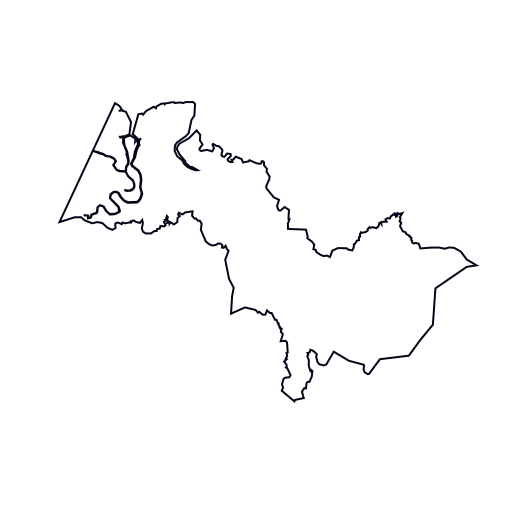 outline of Choluteca, Choluteca, Honduras, rotated 119°
{"feature_id": "27666195B45009798989727", "entity_name": "Choluteca", "entity_type": "district", "adm_level": 2, "iso_a3": "HND", "parent_name": "Honduras", "parent_adm1": "Choluteca", "projection": "robinson", "projection_center": [-87.236, 13.254], "detail": "fine", "context": "isolated", "style": "outline", "palette": "ink", "viewbox_px": 512, "rotation_deg": 119, "n_neighbors": 0, "source": "geoboundaries", "source_scale": "gbopen_adm2", "svg_char_len": 6154}
<svg xmlns="http://www.w3.org/2000/svg" viewBox="0 0 512 512"><g transform="rotate(119 256 256)"><path d="M364.5,151.9L363.0,152.1L357.1,145.4L352.4,150.0L348.2,149.7L347.6,148.1L342.6,150.2L341.1,149.8L340.1,148.2L334.3,148.8L329.2,150.9L329.0,152.1L330.4,151.8L330.2,152.7L326.5,156.6L321.5,159.3L318.8,162.6L317.1,162.4L315.9,164.0L314.4,162.4L311.6,163.0L311.2,159.8L312.4,155.1L314.7,154.7L318.9,150.9L320.0,148.1L318.9,143.7L316.8,141.9L302.0,141.6L302.6,123.9L298.9,109.2L299.4,108.3L303.1,106.9L305.1,104.5L305.1,100.9L304.4,100.0L286.2,97.6L269.1,74.0L249.7,71.6L230.3,68.0L197.3,83.4L163.3,66.4L157.3,58.6L156.9,70.0L152.9,78.9L152.8,86.6L154.8,91.1L158.1,94.4L159.9,100.1L164.0,107.3L169.7,115.9L166.4,119.5L167.2,122.8L168.6,124.1L168.5,126.0L167.2,126.6L166.6,128.3L164.8,128.8L164.5,131.3L163.9,131.3L163.9,135.1L162.8,136.6L163.2,139.6L160.2,144.4L156.4,145.2L156.1,147.2L153.1,147.7L152.4,149.0L147.5,148.8L149.8,151.0L149.8,152.7L152.6,151.9L153.6,152.5L151.0,154.1L151.4,155.0L151.9,154.0L153.0,154.3L152.9,156.0L156.2,157.4L158.2,157.0L159.2,159.4L161.2,160.5L162.6,158.4L165.4,162.9L167.2,161.8L166.6,162.9L167.2,164.1L170.3,163.3L173.2,164.1L174.4,168.3L176.4,170.0L175.9,170.8L178.4,171.4L179.4,170.6L181.9,171.7L184.6,174.9L184.4,175.7L186.8,175.6L188.5,174.3L189.7,175.1L192.2,173.6L193.8,175.3L197.2,175.2L198.2,176.1L201.1,174.7L204.5,174.5L205.7,178.7L205.3,180.4L209.3,188.1L214.3,191.8L221.0,190.8L221.3,194.3L223.3,196.8L223.7,200.1L223.3,205.1L221.7,206.7L222.2,209.1L217.9,210.5L216.3,213.9L215.6,219.7L213.8,220.3L208.7,225.1L216.8,241.1L212.2,243.8L207.5,244.6L207.8,245.6L199.7,249.5L199.3,254.7L204.5,256.7L205.0,258.5L202.2,261.8L195.7,263.1L196.1,268.8L191.9,279.3L190.2,280.9L182.3,281.6L179.9,282.6L177.1,287.8L174.5,288.6L172.7,293.0L170.2,294.4L169.7,295.5L170.4,297.0L172.3,296.3L173.3,297.1L174.6,300.2L175.4,308.2L176.9,308.4L180.5,312.8L178.2,315.5L178.9,321.8L182.9,322.7L183.7,324.0L185.2,322.2L186.3,324.1L186.3,326.5L185.2,327.8L180.8,326.5L179.1,327.7L180.4,331.0L184.6,331.7L185.1,333.7L184.4,335.3L180.1,336.4L179.1,337.8L178.0,341.7L178.9,344.1L178.7,347.9L179.7,348.0L182.2,345.0L185.7,345.0L187.0,350.5L190.8,354.9L190.7,356.6L189.4,357.5L184.4,356.8L182.1,361.1L177.1,363.5L175.0,368.8L185.7,371.8L194.6,377.3L198.6,377.8L201.0,376.9L204.2,372.1L207.3,364.1L208.6,362.8L210.0,357.2L209.1,354.7L209.2,348.6L210.2,350.1L211.1,354.0L211.3,359.3L210.1,363.8L208.2,366.7L206.9,373.4L203.5,378.1L198.5,380.5L194.8,380.1L185.1,375.4L181.0,374.5L168.2,378.4L163.0,378.0L152.6,383.0L151.9,385.8L155.4,392.0L157.7,394.1L158.4,396.7L161.6,401.2L161.2,402.1L162.2,403.9L166.4,409.1L167.6,409.4L167.1,410.4L168.8,412.7L173.5,415.5L175.3,415.2L175.0,417.8L182.6,422.5L187.1,423.2L186.7,424.8L189.1,427.6L209.1,422.9L211.2,414.7L208.8,413.4L211.1,414.3L215.8,412.2L214.9,411.1L216.3,412.0L220.7,411.7L228.4,409.6L235.7,409.5L237.0,407.5L238.1,400.2L240.8,396.2L245.0,393.1L252.0,390.3L256.6,385.7L261.1,384.7L264.5,384.9L267.0,386.0L271.7,394.2L271.8,398.1L270.3,402.9L267.7,407.3L268.0,409.7L269.4,411.5L272.6,412.7L276.1,411.6L279.4,400.1L282.4,396.9L283.6,396.7L287.7,399.5L290.6,403.9L289.2,409.4L286.7,413.4L287.5,417.0L290.2,418.1L294.3,416.1L295.9,416.2L299.7,419.8L302.2,419.0L303.1,419.5L304.5,421.2L302.3,422.3L303.2,425.2L304.3,425.6L303.3,425.7L302.0,422.3L304.2,421.2L302.7,419.5L299.5,420.0L295.1,416.3L290.2,418.3L287.1,417.0L286.5,413.2L289.1,408.7L290.2,404.4L287.5,399.9L283.8,397.2L280.0,399.9L276.3,411.8L272.5,413.2L268.9,411.6L267.5,409.5L267.3,406.8L270.0,402.2L271.3,398.3L271.0,394.1L266.2,386.1L262.5,385.3L258.2,385.8L255.7,387.1L252.1,390.8L245.6,393.4L241.4,396.4L238.7,400.4L237.4,408.1L236.0,410.1L229.9,410.3L223.4,412.6L215.3,413.5L212.2,416.2L212.0,417.8L213.7,417.0L214.6,417.1L212.0,418.2L211.4,424.2L215.6,428.1L217.7,428.3L222.6,425.0L227.3,419.1L234.3,413.5L237.6,412.2L241.2,412.5L245.5,410.5L248.1,406.5L249.4,400.3L251.9,397.3L254.3,395.9L255.9,395.7L258.1,396.2L259.6,397.2L261.7,400.5L262.1,401.8L262.0,403.1L260.5,398.8L256.7,396.0L253.4,396.6L250.1,399.6L248.3,406.5L245.5,410.9L248.0,416.4L248.4,418.8L248.2,420.1L245.7,425.0L241.5,424.5L239.9,426.9L239.9,431.8L241.5,436.1L241.1,438.7L242.0,441.7L243.1,449.6L241.7,444.5L240.8,439.0L241.0,435.4L239.5,431.3L239.4,428.7L239.7,426.8L241.0,424.4L245.4,424.8L248.1,419.5L247.4,415.8L244.9,411.1L241.1,412.9L236.9,412.8L234.3,414.3L230.4,417.8L229.9,419.4L229.7,418.3L227.3,420.0L221.1,427.5L216.0,429.7L217.9,431.4L218.2,432.1L217.5,433.6L217.7,431.4L216.0,430.9L215.7,429.7L211.1,425.7L199.5,430.2L192.9,439.8L193.7,442.6L193.2,443.2L195.7,446.5L193.6,444.6L192.2,445.4L190.9,448.7L190.7,453.4L321.6,444.3L310.0,433.3L306.9,427.8L307.9,423.2L306.8,415.1L303.3,411.3L301.7,406.4L303.3,399.6L302.8,394.4L299.7,392.4L296.2,394.7L294.8,394.3L293.6,392.7L293.3,388.9L291.4,389.0L290.9,386.4L287.9,382.8L286.5,382.4L287.2,381.6L284.9,381.1L284.2,379.9L284.4,377.7L283.4,373.6L279.7,372.9L282.1,370.9L287.5,369.1L289.6,366.5L289.7,363.3L287.0,358.6L283.7,357.2L282.3,355.0L280.5,355.6L278.7,353.5L276.0,354.1L274.7,350.7L272.8,350.0L270.7,353.1L269.3,352.4L264.2,353.3L264.7,352.0L267.5,351.2L268.0,351.9L267.9,349.8L270.3,349.9L268.6,348.3L269.9,347.3L267.9,347.2L268.2,343.1L264.6,341.3L260.8,343.0L258.0,342.0L257.5,344.2L255.6,344.5L255.3,340.5L252.1,338.9L247.7,333.2L251.8,331.4L253.1,327.8L252.3,326.8L253.3,323.7L252.4,322.2L254.2,319.1L259.8,317.0L267.7,306.8L268.4,302.4L268.0,299.3L265.7,296.4L263.4,295.2L262.4,292.9L262.9,290.6L265.1,289.8L264.6,288.3L261.8,287.5L264.0,284.9L264.8,282.5L274.2,281.1L289.1,268.5L294.6,260.1L302.8,257.4L318.5,249.9L306.3,240.7L303.4,230.2L304.6,226.8L303.2,226.0L304.1,221.8L302.8,219.4L298.3,220.0L299.1,216.1L298.3,214.7L302.6,208.4L301.9,207.0L304.0,204.7L304.1,203.3L305.3,203.1L306.4,200.7L307.1,200.7L307.1,198.8L307.8,199.1L307.9,198.2L310.3,197.5L311.3,194.6L318.5,193.1L315.9,189.0L316.5,187.0L325.0,181.5L325.9,182.3L328.5,180.2L331.6,180.2L331.5,179.1L334.7,180.2L336.2,176.7L338.0,175.4L339.0,175.7L339.0,174.2L343.5,168.0L345.9,168.1L348.5,171.7L350.3,172.3L355.5,171.1L358.0,168.6L361.4,168.1L364.5,151.9Z" fill="none" stroke="#020617" stroke-width="2"/></g></svg>